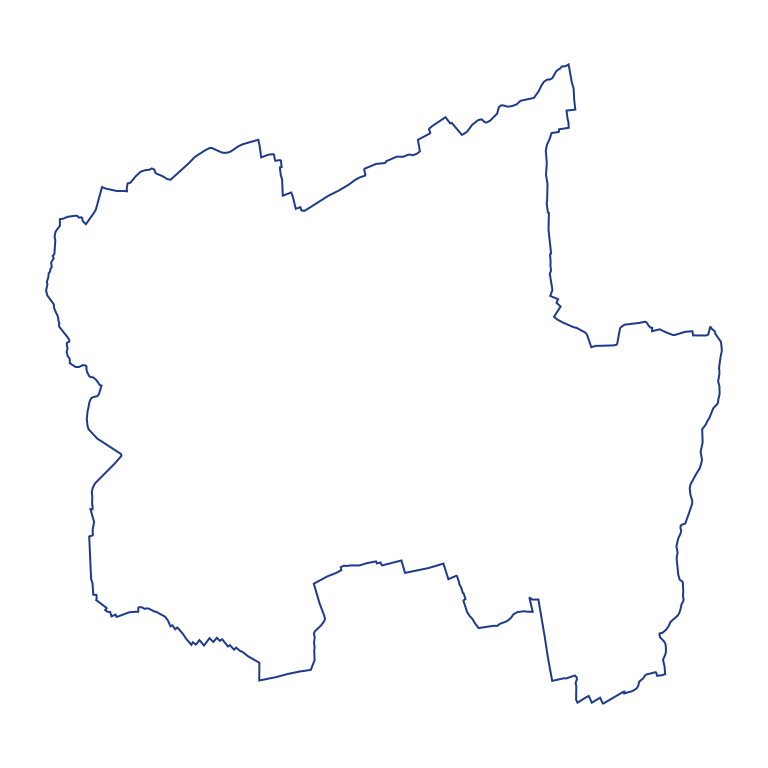 outline of Bang Phae, Ratchaburi, Thailand
{"feature_id": "78962969B38783163957938", "entity_name": "Bang Phae", "entity_type": "district", "adm_level": 2, "iso_a3": "THA", "parent_name": "Thailand", "parent_adm1": "Ratchaburi", "projection": "natural_earth1", "projection_center": [99.976, 13.683], "detail": "fine", "context": "isolated", "style": "outline", "palette": "blue", "viewbox_px": 768, "rotation_deg": 0, "n_neighbors": 0, "source": "geoboundaries", "source_scale": "gbopen_adm2", "svg_char_len": 6018}
<svg xmlns="http://www.w3.org/2000/svg" viewBox="0 0 768 768"><path d="M689.7,488.1L690.6,484.2L696.3,473.8L699.8,468.1L701.5,462.4L702.0,459.6L700.6,451.7L702.6,442.6L702.2,429.2L705.9,424.4L707.0,421.7L709.5,417.6L713.3,408.2L717.4,403.9L718.1,402.2L718.2,399.9L719.6,394.0L719.4,385.9L718.1,381.5L719.4,374.0L719.3,369.4L719.0,368.7L719.4,365.2L720.5,357.2L721.9,350.4L721.0,341.9L715.4,333.9L714.7,331.1L711.9,329.0L710.8,327.2L710.1,327.2L708.3,334.5L706.1,335.5L693.1,335.4L692.4,331.2L685.2,331.8L674.8,335.0L673.0,335.0L666.4,332.5L659.7,329.3L652.0,331.2L652.2,327.8L650.3,327.5L648.6,325.6L646.5,322.4L645.4,321.8L644.5,321.8L639.5,322.9L624.4,324.7L620.7,327.4L620.0,328.5L617.2,343.8L616.5,344.7L613.7,345.4L595.8,345.9L591.3,347.2L587.0,334.7L585.4,332.7L576.9,328.0L573.3,327.1L562.6,322.4L557.6,319.7L554.0,316.9L560.6,306.5L556.5,302.8L558.1,299.2L550.2,295.9L552.2,290.6L552.3,289.1L549.8,273.8L551.0,270.6L550.4,265.2L550.6,262.1L550.1,254.2L551.1,253.4L548.5,229.6L548.9,213.0L547.9,212.5L546.6,202.8L547.1,201.7L547.5,183.9L546.0,174.8L546.8,163.2L545.8,150.7L546.9,144.9L549.7,138.9L551.5,133.1L558.8,131.9L559.1,129.3L568.7,127.8L568.5,122.6L567.5,118.4L566.5,110.6L575.3,109.6L574.2,99.9L573.6,88.3L571.8,82.4L568.6,64.4L566.0,66.0L563.5,66.5L562.1,66.3L559.7,68.9L558.3,69.5L556.0,71.6L552.3,78.2L550.1,79.4L547.0,79.7L543.8,81.9L541.3,85.7L538.9,90.9L533.9,97.9L520.5,100.8L516.6,104.4L512.2,106.0L507.9,106.7L502.8,105.3L501.1,105.4L498.8,107.2L497.2,113.5L490.1,120.7L487.2,122.2L485.7,122.5L484.5,122.0L481.6,119.3L478.2,120.1L472.2,124.8L467.3,131.4L464.7,133.4L461.9,134.9L451.7,122.8L450.2,123.4L445.5,117.2L432.5,125.9L429.2,128.6L429.0,129.2L430.3,132.9L430.0,133.4L417.9,139.8L419.9,151.4L416.8,153.8L412.6,155.3L409.9,154.6L408.3,154.7L403.2,156.8L396.9,156.6L386.3,161.2L385.8,162.3L384.7,163.1L376.1,163.9L364.6,168.7L364.2,169.6L365.4,175.0L365.1,175.6L360.1,177.3L355.9,179.4L348.2,185.0L338.5,190.7L328.5,195.7L304.5,210.9L301.4,210.4L300.4,207.2L295.8,208.8L292.8,196.8L291.2,192.5L282.8,195.7L282.1,179.5L280.8,175.3L280.0,168.9L280.0,167.3L281.6,167.1L280.9,160.5L279.9,160.1L275.4,160.8L274.9,159.7L274.0,154.6L273.4,154.2L268.7,154.6L261.2,157.4L259.7,146.5L258.4,139.8L243.1,144.1L238.7,146.1L230.4,151.7L227.7,152.6L224.2,152.9L221.3,152.3L211.8,148.0L209.7,148.0L205.6,150.0L194.9,156.9L188.6,163.4L170.5,179.8L167.1,179.0L162.6,176.2L156.2,173.5L155.4,172.7L154.4,169.8L153.1,168.9L151.5,168.5L149.3,169.8L145.0,170.2L140.5,171.8L135.8,176.2L130.4,182.7L127.6,183.4L126.7,188.8L127.0,191.3L123.2,190.9L117.2,191.1L105.5,188.5L102.0,187.1L95.9,209.4L94.0,212.8L85.9,224.2L82.6,220.9L82.2,218.0L81.3,217.3L78.9,217.6L77.4,216.0L75.6,215.7L67.6,216.8L62.8,218.8L59.9,219.1L59.9,225.8L55.6,231.5L54.6,236.2L55.3,240.7L54.4,254.0L52.7,255.9L53.7,258.4L51.4,261.9L51.2,263.5L51.8,267.0L50.5,268.9L50.1,271.5L48.7,273.2L48.3,277.5L46.9,281.6L47.4,284.6L46.1,290.5L47.2,295.3L53.9,304.5L53.9,307.6L56.2,313.1L57.1,314.5L58.1,317.5L58.6,321.6L59.4,323.2L58.9,324.6L59.2,326.7L68.0,337.8L69.3,340.1L69.3,341.6L67.1,342.8L66.8,343.3L66.8,345.0L67.6,348.4L66.6,351.9L67.7,356.0L69.7,358.8L69.8,363.2L75.6,367.0L78.9,367.0L83.0,365.1L85.8,365.6L86.5,366.7L86.4,368.8L87.0,371.7L89.2,376.2L90.4,377.0L93.3,377.4L96.5,380.2L99.3,384.5L100.5,385.4L101.5,385.6L98.8,394.5L97.4,396.1L93.7,397.0L91.3,398.0L89.6,401.6L87.5,412.0L86.8,418.7L87.4,425.2L88.5,429.2L97.4,438.7L120.8,453.9L121.5,455.3L121.4,455.9L114.6,463.7L95.0,483.4L92.7,487.9L91.8,492.0L92.3,496.9L92.1,501.9L92.2,505.1L92.7,505.7L92.5,509.0L92.5,509.3L90.5,509.2L94.1,522.1L92.7,529.4L92.8,535.3L89.2,536.5L91.1,578.8L92.5,583.2L93.3,594.7L96.4,594.9L96.7,598.2L96.2,600.1L106.5,607.8L106.6,608.4L105.1,609.9L107.1,611.6L110.1,612.0L111.5,616.4L115.6,614.6L116.5,616.8L116.9,616.9L129.2,612.3L136.1,611.7L137.9,612.0L138.4,611.0L138.2,608.2L139.1,607.1L142.2,607.4L144.6,608.9L146.1,608.4L148.5,608.5L154.6,611.6L155.9,611.7L165.0,616.6L167.9,620.5L170.5,626.3L172.4,625.3L175.2,629.3L177.4,627.5L183.0,634.0L186.1,638.7L191.4,644.8L192.9,642.3L195.9,644.6L199.4,640.1L204.0,645.5L209.5,638.2L213.3,642.0L216.8,637.8L219.8,640.8L222.1,639.2L228.0,646.5L229.8,645.1L234.1,649.7L236.2,647.6L239.9,650.8L242.8,652.1L248.1,656.3L259.4,662.8L259.2,680.5L276.2,677.1L287.7,674.0L299.7,671.5L310.8,669.9L314.6,660.1L314.2,650.4L314.6,647.2L314.0,642.5L314.7,637.2L313.9,633.3L314.9,631.3L321.1,625.4L323.5,622.2L324.7,620.1L325.0,618.7L323.8,614.5L319.6,603.5L313.8,583.7L327.3,576.4L336.0,573.0L341.3,570.2L340.7,567.2L344.0,565.6L345.6,566.0L351.4,565.4L359.3,565.5L366.7,563.2L376.0,561.4L376.9,563.4L380.6,562.5L381.6,565.0L382.1,565.4L401.4,560.5L405.0,572.9L428.4,568.1L443.4,563.6L448.4,579.2L456.2,575.8L456.9,576.0L459.3,582.7L459.1,583.8L461.2,587.7L462.8,592.9L463.6,593.3L465.5,599.1L463.5,600.4L463.5,600.9L467.0,611.8L469.7,616.1L472.4,618.9L474.9,623.2L478.6,628.1L493.5,625.8L497.3,625.9L500.0,623.8L505.8,621.7L508.0,620.4L511.0,617.8L513.5,614.3L517.1,612.2L524.2,611.2L526.9,611.7L532.7,611.8L529.5,598.0L529.8,597.8L531.8,599.3L532.9,599.6L538.4,599.5L544.8,637.2L547.8,657.0L552.2,680.9L564.2,678.2L565.9,678.5L574.9,675.5L576.8,677.5L576.8,679.7L575.6,683.0L576.3,686.2L576.1,699.7L577.5,702.7L586.4,697.1L588.8,696.0L591.8,702.7L600.1,697.7L602.6,703.1L603.2,703.6L623.4,691.8L624.3,691.7L623.8,693.1L624.1,693.5L632.6,691.0L636.7,688.4L638.2,685.9L639.1,681.8L643.4,678.1L645.1,675.4L646.2,674.6L655.3,672.2L656.1,672.5L657.1,675.8L662.2,675.2L665.2,674.1L664.5,666.3L663.0,659.7L665.3,654.5L665.9,652.0L665.9,647.3L665.4,643.7L663.9,641.3L660.0,637.1L659.4,634.0L660.0,633.2L662.2,633.0L666.0,629.8L668.5,626.4L670.5,621.9L677.8,615.5L679.2,613.2L680.4,609.7L681.5,604.4L683.3,601.1L683.5,598.4L682.9,595.7L683.3,591.9L682.8,582.6L682.2,581.4L679.7,579.7L678.2,574.3L676.6,558.3L677.6,552.4L676.4,546.5L678.2,538.5L680.5,533.6L681.2,531.1L680.5,528.0L680.6,525.8L681.6,524.8L685.0,523.6L685.5,523.1L692.1,504.0L692.2,500.7L690.3,494.1L689.7,488.1Z" fill="none" stroke="#1e3a8a" stroke-width="2"/></svg>